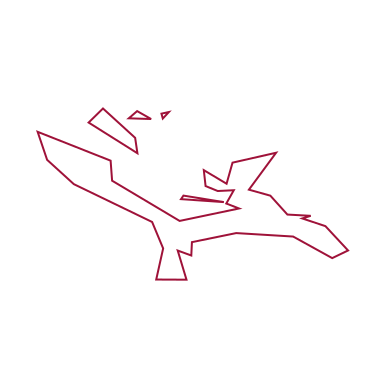 Quezon, Equal Earth projection, rotated 315°
{"feature_id": "PHL-2572", "entity_name": "Quezon", "entity_type": "Province", "adm_level": 1, "iso_a3": "PHL", "parent_name": "Philippines", "parent_adm1": "", "projection": "equal_earth", "projection_center": [122.011, 14.191], "detail": "coarse", "context": "isolated", "style": "outline", "palette": "rose", "viewbox_px": 384, "rotation_deg": 315, "n_neighbors": 0, "source": "natural_earth", "source_scale": "10m", "svg_char_len": 761}
<svg xmlns="http://www.w3.org/2000/svg" viewBox="0 0 384 384"><g transform="rotate(315 192 192)"><path d="M125.4,40.3L156.6,112.3L143.5,127.5L162.8,203.7L213.6,236.9L208.1,224.4L222.8,220.3L210.9,209.5L205.8,197.4L215.8,184.9L222.3,210.6L241.4,199.9L279.2,223.7L233.9,230.6L244.8,250.0L243.5,275.4L259.1,292.8L251.3,288.7L262.2,310.5L261.0,343.7L244.4,337.9L232.0,295.0L194.2,252.3L156.5,227.4L146.6,236.4L140.5,223.3L126.1,250.1L104.8,228.6L131.7,211.5L142.6,185.0L114.0,102.9L112.3,66.8L125.4,40.3ZM188.1,70.0L190.1,113.5L180.8,126.0L168.0,69.8L188.1,70.0ZM183.4,188.5L207.4,221.7L179.2,189.3L183.4,188.5ZM210.4,96.0L214.7,111.5L199.4,95.2L210.4,96.0ZM225.8,115.0L232.2,119.1L223.3,119.4L225.8,115.0Z" fill="none" stroke="#9f1239" stroke-width="2"/></g></svg>